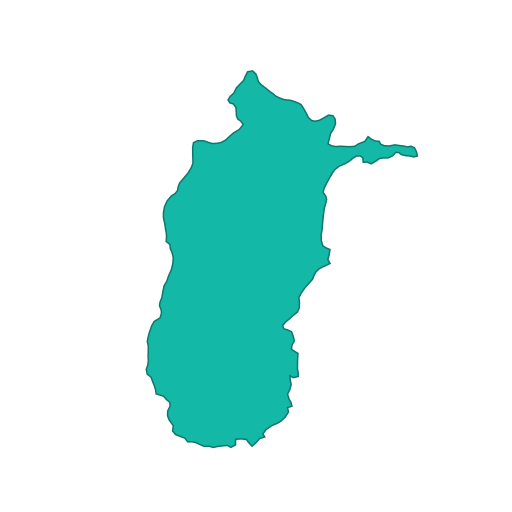 Juramento, Minas Gerais, Brazil, rotated 222°
{"feature_id": "56859067B1388258583014", "entity_name": "Juramento", "entity_type": "district", "adm_level": 2, "iso_a3": "BRA", "parent_name": "Brazil", "parent_adm1": "Minas Gerais", "projection": "equal_earth", "projection_center": [-43.566, -16.852], "detail": "fine", "context": "isolated", "style": "filled", "palette": "teal", "viewbox_px": 512, "rotation_deg": 222, "n_neighbors": 0, "source": "geoboundaries", "source_scale": "gbopen_adm2", "svg_char_len": 3318}
<svg xmlns="http://www.w3.org/2000/svg" viewBox="0 0 512 512"><g transform="rotate(222 256 256)"><path d="M156.9,89.0L153.3,93.1L150.3,96.2L146.6,97.0L144.8,101.9L148.5,106.2L144.5,110.3L140.3,113.2L136.4,112.4L131.7,112.0L131.1,116.7L131.1,123.0L128.4,127.3L131.8,128.5L132.4,133.8L130.7,140.7L128.3,145.7L126.9,150.4L126.5,155.9L127.5,161.9L131.2,164.4L128.8,168.4L131.8,170.5L135.5,171.7L140.1,174.4L141.6,179.8L143.9,184.1L147.6,186.8L150.7,189.7L146.8,190.6L144.0,194.7L146.5,197.4L149.7,199.9L153.5,204.2L156.3,207.5L159.6,211.7L163.8,210.9L167.2,210.4L169.5,213.6L170.8,218.6L174.6,221.3L178.9,223.5L183.4,222.1L186.6,220.5L189.7,222.2L189.8,227.2L189.1,231.4L188.7,236.0L187.7,242.2L189.1,246.3L192.5,250.5L196.2,253.6L197.6,258.7L198.4,265.8L198.4,271.2L198.4,276.4L199.9,280.5L200.8,284.0L200.6,288.4L199.3,292.2L197.5,296.1L196.0,300.0L200.3,301.5L202.4,305.8L205.4,310.3L209.3,308.9L213.1,308.3L217.9,311.2L221.9,315.5L224.7,320.1L227.3,323.4L230.4,327.5L234.7,333.5L237.2,337.3L239.2,341.3L241.2,345.1L244.0,347.1L248.9,348.3L250.8,352.4L252.2,357.4L253.5,362.7L254.6,368.2L255.2,372.9L254.3,378.5L251.5,384.3L250.0,389.3L249.4,393.4L248.3,397.4L245.7,400.0L242.3,400.5L239.1,397.4L236.1,400.3L232.1,401.5L230.4,406.7L229.5,410.9L226.9,414.2L223.6,417.1L221.5,421.7L221.5,426.4L219.0,428.5L215.8,428.6L211.8,430.8L208.1,433.6L205.1,435.1L203.0,438.2L206.2,440.7L210.7,442.5L214.3,441.3L216.3,438.4L219.3,436.9L222.7,434.5L227.2,431.5L230.7,426.8L234.7,423.7L238.3,422.5L241.2,423.7L244.3,421.2L248.6,420.0L252.6,419.7L251.8,413.9L254.8,408.1L256.0,403.6L259.3,400.1L263.4,396.7L266.7,394.1L269.8,390.8L273.4,388.5L277.5,387.6L280.2,392.5L282.6,397.2L283.3,401.7L285.3,407.4L288.8,410.7L292.8,411.7L296.4,409.2L298.1,403.8L299.8,399.1L302.3,395.7L305.3,393.9L309.7,393.9L313.9,395.7L319.2,397.4L323.8,398.7L327.4,397.8L331.2,396.3L335.1,394.5L337.5,392.5L340.2,390.8L344.5,389.1L348.4,388.0L352.1,388.0L355.4,387.5L360.1,387.3L363.6,387.0L367.3,386.8L371.1,387.3L374.7,389.6L378.0,391.2L382.4,391.3L385.5,387.3L384.1,382.0L382.7,378.2L382.9,373.6L383.1,368.0L381.5,362.3L382.0,357.2L381.2,353.3L377.8,352.3L374.5,353.9L370.3,352.9L366.7,349.5L364.4,347.1L361.3,345.6L357.6,346.0L353.5,345.2L353.1,338.8L355.0,332.7L355.6,328.4L356.1,322.0L358.0,316.8L360.5,313.5L363.8,310.3L367.5,308.5L371.5,306.9L374.4,304.6L376.7,302.3L378.3,298.4L375.8,294.4L372.6,290.9L369.9,288.0L367.3,285.3L365.0,282.8L363.3,278.6L362.0,272.1L361.8,265.4L361.6,259.0L360.1,255.3L358.1,252.1L357.9,248.2L359.1,244.0L358.9,237.6L357.0,231.4L353.6,226.0L350.5,222.6L347.2,220.2L344.2,218.0L341.3,215.5L338.2,213.2L335.6,210.7L332.5,206.7L327.5,206.9L324.8,204.2L320.8,202.5L316.3,199.3L312.6,194.5L309.8,189.3L307.5,182.3L305.4,177.5L304.3,172.2L301.2,166.9L298.3,162.4L296.4,157.4L294.5,154.5L290.3,152.4L287.9,150.1L285.9,145.7L287.9,139.2L286.7,134.0L284.2,128.1L282.1,123.9L279.6,119.7L276.0,117.2L272.2,112.9L269.3,109.5L266.0,106.2L263.5,102.6L261.7,98.3L257.8,95.4L252.9,95.7L248.2,93.2L244.6,91.5L241.2,89.4L237.9,86.7L234.4,88.4L230.7,90.0L226.4,89.4L222.0,89.6L219.3,86.7L217.9,81.7L214.7,78.0L210.7,76.0L207.3,75.3L203.9,74.5L200.8,70.1L196.2,69.5L191.7,71.2L187.0,73.0L182.3,72.2L179.3,75.1L176.1,77.0L172.1,78.2L167.2,79.8L163.6,83.2L159.6,85.2L156.9,89.0Z" fill="#14b8a6" stroke="#0f766e" stroke-width="1.5"/></g></svg>